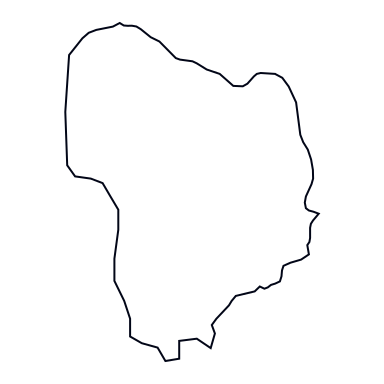 the District of Kiryandongo
{"feature_id": "UGA-5609", "entity_name": "Kiryandongo", "entity_type": "District", "adm_level": 1, "iso_a3": "UGA", "parent_name": "Uganda", "parent_adm1": "", "projection": "robinson", "projection_center": [32.118, 2.003], "detail": "fine", "context": "isolated", "style": "outline", "palette": "ink", "viewbox_px": 384, "rotation_deg": 0, "n_neighbors": 0, "source": "natural_earth", "source_scale": "10m", "svg_char_len": 1158}
<svg xmlns="http://www.w3.org/2000/svg" viewBox="0 0 384 384"><path d="M311.1,159.5L312.9,169.9L313.1,178.6L311.5,184.2L305.9,196.5L304.8,202.6L305.9,208.2L308.9,210.5L313.4,211.7L318.7,213.7L313.0,220.5L310.9,223.8L310.1,227.8L310.1,238.0L309.4,242.0L307.3,245.1L308.9,254.4L301.1,259.6L290.5,262.7L283.5,265.8L282.0,270.4L281.5,276.3L279.9,281.4L275.2,283.6L271.0,284.9L267.8,287.4L264.4,288.7L259.8,286.5L254.7,291.4L235.8,295.9L231.6,301.0L229.0,305.3L216.4,318.7L211.8,325.0L214.9,333.5L210.7,348.1L196.8,338.7L179.2,340.9L179.2,358.7L165.4,361.0L157.6,347.6L141.8,343.2L130.1,336.5L130.1,318.7L124.2,300.9L114.4,280.9L114.4,258.7L118.3,229.8L118.3,209.7L110.4,196.4L102.6,183.1L90.8,178.6L75.1,176.4L67.2,165.3L65.3,111.9L69.1,55.0L82.4,38.3L88.7,32.8L96.3,29.9L112.9,26.6L119.7,23.0L123.8,25.5L127.7,25.8L131.8,25.7L136.4,26.5L140.8,29.2L150.7,37.2L159.4,41.5L175.8,58.1L180.0,59.6L192.5,61.3L196.7,63.3L206.7,69.5L219.7,73.9L233.3,85.9L242.8,86.3L247.4,83.7L253.9,76.4L256.8,73.9L260.7,73.0L275.2,73.9L275.6,74.2L282.3,77.8L288.7,86.5L296.1,102.4L300.3,134.8L303.2,142.2L307.8,149.6L311.1,159.5Z" fill="none" stroke="#020617" stroke-width="2"/></svg>